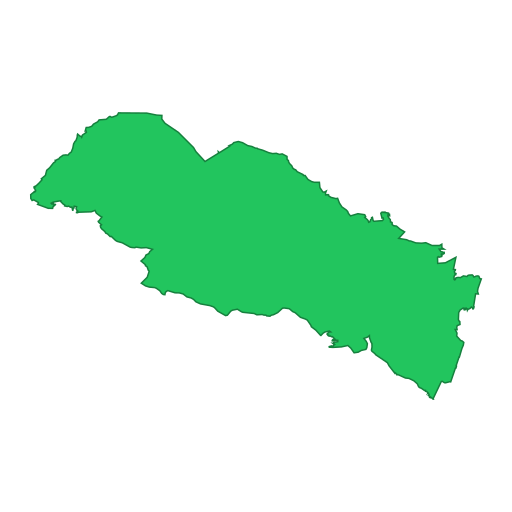 Cazanesti, Mehedinti, Romania
{"feature_id": "2599482B25744085941733", "entity_name": "Cazanesti", "entity_type": "district", "adm_level": 2, "iso_a3": "ROU", "parent_name": "Romania", "parent_adm1": "Mehedinti", "projection": "equal_earth", "projection_center": [22.915, 44.698], "detail": "fine", "context": "isolated", "style": "filled", "palette": "green", "viewbox_px": 512, "rotation_deg": 0, "n_neighbors": 0, "source": "geoboundaries", "source_scale": "gbopen_adm2", "svg_char_len": 6036}
<svg xmlns="http://www.w3.org/2000/svg" viewBox="0 0 512 512"><path d="M463.8,342.4L462.2,341.0L460.7,340.5L456.7,336.1L457.0,333.1L455.2,329.5L457.1,329.6L456.7,327.4L457.2,325.6L460.0,324.5L459.8,321.5L458.8,320.7L458.4,319.4L458.7,312.5L460.2,309.9L463.1,308.1L464.1,308.2L464.0,309.7L464.3,309.9L465.3,309.7L465.7,308.2L466.2,308.1L466.8,309.2L467.2,309.0L467.4,310.3L467.9,309.4L469.9,308.5L471.4,307.0L472.8,307.9L472.6,308.6L473.0,309.0L473.5,308.6L474.1,306.8L473.6,306.2L475.6,293.8L478.3,294.0L477.5,291.3L478.0,288.3L481.3,278.9L479.8,278.6L478.9,276.3L478.0,275.9L476.1,276.1L474.1,277.0L473.7,276.9L473.0,275.5L472.2,274.9L469.0,275.1L468.0,275.4L467.0,276.5L463.4,275.9L460.5,277.6L458.0,277.4L456.2,277.8L455.7,278.1L455.4,279.5L454.7,279.9L454.1,279.5L454.0,276.7L454.7,274.9L455.7,274.8L456.0,273.5L454.6,273.0L454.4,271.3L455.3,270.3L455.4,269.6L453.4,269.4L455.9,257.3L445.4,262.8L437.7,263.4L437.5,257.3L438.3,256.6L439.1,257.2L441.7,256.5L442.0,255.6L441.5,255.2L441.7,254.6L441.3,254.4L441.4,253.9L442.9,254.2L443.5,253.9L443.4,253.2L444.2,253.3L444.2,252.4L443.2,252.5L442.8,252.0L440.9,251.6L439.2,249.1L444.0,249.1L441.9,247.8L441.8,244.2L439.5,245.5L432.0,245.5L425.8,242.7L421.7,243.2L415.8,242.9L410.6,241.0L409.2,240.9L406.6,239.7L398.7,238.4L404.6,231.9L400.1,229.2L396.5,226.1L393.6,225.7L392.1,224.5L392.2,222.8L391.7,222.2L390.5,222.0L390.3,219.6L388.8,217.9L388.6,216.7L388.0,216.6L387.8,215.0L388.4,214.8L389.6,215.5L389.5,214.2L388.5,213.8L388.5,213.1L385.2,212.5L385.0,212.1L384.2,212.5L383.9,212.1L383.0,212.5L382.7,212.1L381.6,212.3L380.8,213.3L382.0,218.1L383.0,217.8L383.5,219.2L382.5,220.6L373.9,221.3L373.1,220.5L372.4,217.3L371.7,217.6L372.1,218.3L370.7,219.6L369.9,221.8L368.7,222.3L368.3,221.0L367.3,219.6L364.8,217.5L365.7,216.7L364.7,214.7L357.9,213.7L350.5,215.9L348.4,213.4L347.7,211.5L346.2,209.9L341.9,206.9L339.4,203.0L337.6,198.3L335.9,198.6L330.8,197.3L328.5,195.7L328.6,194.9L328.1,194.6L325.6,194.9L325.5,193.0L326.2,191.1L324.2,192.2L322.8,191.9L319.9,187.6L319.4,182.3L314.3,182.3L311.7,181.6L308.0,179.5L305.1,175.5L303.4,175.5L303.1,174.6L297.2,171.7L295.6,169.7L294.1,169.4L293.8,168.7L292.9,168.3L291.7,165.7L289.6,163.6L288.7,162.1L288.4,160.5L287.1,159.5L287.0,156.4L282.2,153.9L279.4,154.4L276.3,153.3L272.6,153.6L268.8,152.7L262.7,150.2L257.8,148.8L257.1,148.2L255.6,148.2L251.9,146.5L247.7,145.6L242.6,142.7L238.3,141.5L233.8,142.6L232.3,144.2L229.4,145.5L230.0,145.7L229.9,146.1L219.4,152.7L218.3,151.7L218.5,153.2L205.0,161.5L195.9,151.6L193.5,147.5L178.4,132.4L165.0,123.3L161.8,119.1L161.9,115.4L156.7,115.1L146.8,113.1L118.5,112.9L117.5,114.9L116.1,115.8L111.7,117.3L110.0,116.4L109.2,116.7L106.3,119.3L99.1,119.9L97.7,121.8L93.5,124.1L91.7,126.3L88.6,127.4L86.2,127.5L85.2,131.0L86.0,130.9L86.4,132.3L82.5,135.0L81.7,137.2L81.2,136.3L80.2,136.3L77.6,134.1L77.3,135.0L77.2,137.1L75.9,140.7L75.0,141.4L73.6,143.9L72.8,148.1L71.3,152.0L69.5,153.3L67.9,155.2L66.0,154.9L63.1,155.2L59.7,157.6L58.6,159.1L57.4,159.3L56.3,160.2L55.2,160.3L55.4,161.6L53.5,162.9L49.7,167.7L46.7,170.3L45.4,175.4L41.3,178.8L42.0,179.8L38.9,183.2L36.1,185.8L34.4,186.6L35.0,187.1L34.0,187.8L35.7,190.3L35.6,190.9L34.5,191.4L35.0,191.8L32.8,192.9L30.7,194.7L30.8,198.5L32.1,200.5L33.8,199.9L38.4,202.5L38.2,203.7L37.6,204.4L48.2,208.3L52.6,208.4L53.0,206.8L55.9,204.2L53.5,205.1L53.3,204.6L54.0,204.2L53.6,203.4L51.8,204.0L51.1,203.2L53.2,202.1L60.2,200.8L60.7,200.8L60.5,201.3L63.2,204.1L64.7,204.9L64.6,205.9L67.2,206.5L68.7,206.1L70.3,207.2L71.9,207.1L72.6,210.2L73.0,210.1L73.1,208.3L73.9,208.1L74.2,206.2L76.6,206.7L76.1,208.5L76.3,209.2L76.8,210.2L77.6,210.6L77.9,211.8L76.6,212.0L76.5,212.6L77.1,212.8L78.9,212.2L91.3,211.8L95.0,210.4L96.3,213.1L100.0,216.0L101.9,217.0L99.0,220.8L98.2,221.3L98.6,222.2L101.5,224.8L100.3,225.8L100.7,227.5L101.8,229.0L104.8,231.5L105.7,233.1L107.5,233.9L110.2,236.6L111.3,236.4L115.5,240.4L117.2,241.4L122.3,242.8L130.1,247.1L131.9,247.5L134.9,247.7L136.0,247.1L141.1,247.9L146.4,247.6L152.5,249.3L149.7,251.7L148.8,253.6L146.0,255.0L144.9,257.5L141.0,261.0L145.4,264.7L145.4,265.7L147.1,266.8L148.3,270.3L149.2,271.2L147.2,277.3L141.3,283.2L145.5,285.9L149.3,287.1L154.8,287.6L156.4,288.3L159.8,290.7L161.7,293.4L163.3,294.5L164.9,294.7L165.3,292.7L166.1,291.6L167.8,290.6L175.0,292.8L179.3,292.9L183.2,294.0L186.9,296.9L191.2,298.0L193.7,299.5L195.9,301.8L200.5,303.9L209.9,305.6L213.3,306.8L214.5,307.6L217.8,311.2L225.6,315.6L227.4,315.2L230.7,311.2L232.4,310.2L237.4,309.2L241.7,311.9L242.9,312.3L254.2,313.5L256.8,314.8L262.2,314.5L263.9,315.1L265.9,315.1L266.7,315.9L270.0,316.2L271.3,315.2L273.5,314.7L277.7,312.6L282.5,308.2L284.3,308.0L289.3,308.7L292.7,311.6L295.2,312.7L300.4,317.3L305.5,319.1L307.3,320.1L311.0,325.5L311.3,326.7L315.9,330.2L320.5,335.3L320.9,335.5L323.2,333.1L325.0,332.0L329.4,331.0L330.6,331.9L329.4,332.0L327.2,333.7L327.1,334.3L327.6,334.9L328.4,335.0L328.2,335.6L329.2,336.2L330.0,335.9L331.7,336.8L332.4,336.6L335.2,339.4L334.4,339.8L334.0,339.4L332.9,339.5L332.2,340.4L332.3,340.9L335.8,340.2L337.8,340.3L337.8,341.7L334.0,342.2L333.3,343.1L333.7,343.5L332.9,343.4L334.4,344.6L333.9,344.8L333.7,345.5L333.0,346.1L331.5,345.9L329.2,346.6L329.3,347.2L332.9,347.4L341.4,346.9L347.9,345.5L350.8,348.1L354.1,352.8L358.2,352.2L361.4,350.4L365.9,349.4L366.8,347.7L367.4,343.7L366.2,341.3L363.9,338.4L367.5,337.1L369.4,335.6L369.5,337.8L371.1,342.3L371.9,343.5L372.0,347.1L371.4,350.1L371.9,351.2L375.1,353.8L375.5,354.6L387.4,362.7L389.1,365.9L394.8,373.2L395.0,372.7L395.9,373.3L397.0,374.9L397.7,374.5L405.4,378.0L409.0,378.4L413.9,380.8L417.3,383.8L418.6,386.7L419.4,387.5L421.4,388.3L424.5,390.5L425.5,390.4L425.6,391.3L426.8,391.6L428.0,393.0L427.8,393.4L428.3,393.1L429.1,394.7L428.4,395.5L430.1,396.7L429.7,397.4L430.7,397.8L431.2,397.5L433.0,399.1L433.3,399.1L433.1,398.7L441.3,381.5L442.3,381.3L444.4,382.7L445.6,382.8L449.8,381.7L450.7,381.9L455.4,368.1L455.9,368.1L456.5,366.1L456.1,365.8L459.1,356.9L459.4,357.0L461.9,348.5L463.3,345.2L463.8,342.4Z" fill="#22c55e" stroke="#15803d" stroke-width="1.5"/></svg>